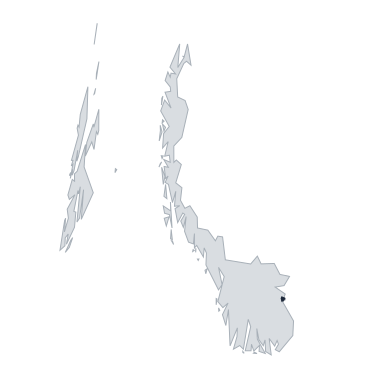 Porsgrunn nor, Telemark, Norway (highlighted), rotated 280°
{"feature_id": "86288312B50854696471252", "entity_name": "Porsgrunn nor", "entity_type": "district", "adm_level": 2, "iso_a3": "NOR", "parent_name": "Norway", "parent_adm1": "Telemark", "projection": "equal_earth", "projection_center": [9.72, 59.108], "detail": "fine", "context": "in_parent", "style": "filled", "palette": "slate", "viewbox_px": 384, "rotation_deg": 280, "n_neighbors": 0, "source": "geoboundaries", "source_scale": "gbopen_adm2", "svg_char_len": 5378}
<svg xmlns="http://www.w3.org/2000/svg" viewBox="0 0 384 384"><g transform="rotate(280 192 192)"><path d="M234.1,166.1L218.0,169.0L220.8,171.0L217.2,176.7L198.2,174.4L194.5,181.3L181.8,182.1L174.7,187.8L178.1,192.3L168.2,201.5L157.5,203.7L157.2,214.2L148.0,223.5L153.0,225.1L153.1,229.9L131.0,236.6L131.3,262.3L140.2,267.5L133.2,272.5L135.9,285.4L126.1,292.9L125.8,302.7L115.8,298.9L112.8,290.4L107.7,301.5L100.0,300.0L82.6,314.4L68.1,316.2L49.8,305.7L51.2,301.4L57.1,303.6L60.5,301.6L54.6,300.2L61.2,293.4L45.3,298.3L47.7,292.2L59.0,289.6L53.0,288.9L58.2,283.5L68.8,279.5L58.4,281.9L45.7,292.2L46.7,285.7L52.7,285.1L46.1,280.5L52.4,277.0L45.9,277.7L44.9,272.0L69.5,273.2L76.4,269.5L46.1,269.9L49.1,265.7L44.4,260.1L57.4,261.4L66.1,260.3L47.1,256.2L82.6,248.3L66.4,248.5L76.5,243.3L88.9,246.8L83.5,242.5L88.5,236.5L114.3,238.4L122.4,231.2L106.0,237.7L100.2,235.1L122.6,218.4L134.4,216.8L139.1,213.7L130.0,214.5L140.2,205.9L137.3,204.1L151.5,201.6L141.1,202.4L142.0,197.3L152.0,191.5L166.8,190.5L155.7,189.6L161.4,186.0L168.7,188.7L169.7,186.6L159.4,183.2L172.7,178.2L176.4,182.3L174.9,177.2L189.9,175.9L178.2,174.6L195.4,167.5L196.8,163.9L203.6,165.7L200.7,163.7L212.3,160.1L212.2,164.4L219.1,158.6L217.5,165.4L224.3,163.3L222.5,158.9L237.5,159.8L230.2,155.4L244.6,153.9L252.6,158.2L266.4,147.1L277.8,149.1L271.0,156.8L285.6,148.1L287.4,153.5L291.6,152.4L297.1,146.2L306.0,147.4L301.3,150.6L305.4,150.7L305.4,155.3L311.1,148.6L335.7,154.2L312.1,156.4L323.1,160.8L337.0,161.9L316.7,169.0L319.8,163.9L317.2,161.6L300.9,157.3L283.1,161.4L280.9,169.3L272.6,173.9L244.0,172.5L234.1,166.1ZM167.5,70.3L183.6,71.9L182.2,74.5L189.4,73.1L192.5,75.3L220.3,78.9L197.9,81.4L174.1,94.9L145.8,87.7L175.5,84.8L146.7,85.8L142.4,83.9L177.8,81.1L170.4,80.5L173.7,79.4L152.4,79.0L152.0,81.1L136.9,82.4L118.7,77.4L129.2,77.4L124.8,75.1L117.0,76.2L111.7,72.1L141.9,71.5L144.3,72.1L130.6,73.3L144.8,74.8L153.4,72.1L169.0,77.2L163.4,72.5L167.5,70.3ZM202.2,67.8L228.2,70.3L234.9,67.8L238.1,68.1L236.3,69.5L249.0,68.5L277.6,71.2L245.8,75.8L206.9,73.9L202.3,73.2L213.3,72.2L192.6,72.1L187.7,71.1L193.7,70.4L184.2,69.8L198.5,69.9L196.7,68.6L202.5,69.3L202.2,67.8ZM222.7,79.8L241.9,83.0L238.7,84.1L257.3,85.9L236.3,89.5L232.4,89.2L234.8,87.4L216.9,88.1L223.9,84.6L208.8,80.7L222.7,79.8ZM169.7,174.3L178.4,172.5L153.1,178.6L165.8,173.7L166.3,168.7L173.3,166.1L169.7,174.3ZM182.9,165.1L194.9,164.7L181.1,168.4L182.9,165.1ZM194.5,162.4L211.1,157.8L202.5,162.7L194.5,162.4ZM110.5,77.7L123.4,81.0L126.4,82.4L116.2,80.8L110.5,77.7ZM161.3,169.2L163.6,173.7L154.1,172.6L161.3,169.2ZM252.2,149.1L245.9,152.1L236.6,150.8L247.1,150.2L252.2,149.1ZM253.7,151.2L251.1,154.7L247.1,153.8L253.7,151.2ZM142.3,179.0L151.5,178.0L141.6,180.9L142.3,179.0ZM341.0,69.4L320.3,70.0L341.7,69.3L341.0,69.4ZM292.2,77.3L304.3,77.7L286.1,78.1L292.2,77.3ZM272.3,146.8L279.1,146.0L281.4,146.7L272.3,146.8ZM258.0,150.4L256.9,152.2L254.9,150.6L258.0,150.4ZM222.4,155.4L222.5,157.4L219.8,156.7L222.4,155.4ZM201.7,112.5L201.0,114.0L197.7,112.8L201.7,112.5ZM277.4,79.1L271.8,79.0L271.2,78.5L277.4,79.1ZM117.2,218.4L119.0,220.2L113.9,219.8L117.2,218.4ZM210.8,155.1L214.3,155.8L216.4,156.9L210.8,155.1ZM187.8,68.5L190.2,69.1L186.6,68.9L187.8,68.5ZM91.0,235.2L85.1,235.4L91.3,234.3L91.0,235.2ZM82.5,238.3L80.3,239.9L79.3,239.1L82.5,238.3ZM140.1,181.4L137.1,183.0L140.4,180.3L140.1,181.4ZM45.0,281.3L44.2,284.1L43.9,280.5L45.0,281.3ZM134.9,204.4L133.5,203.0L135.4,203.1L134.9,204.4ZM324.3,159.0L323.9,160.6L323.6,160.3L324.3,159.0ZM136.6,205.8L133.2,206.1L137.2,205.4L136.6,205.8ZM126.9,209.0L127.2,210.4L125.7,210.0L126.9,209.0ZM43.8,269.7L42.3,271.4L42.7,270.0L43.8,269.7Z" fill="#d9dde1" stroke="#a8b0b8" stroke-width="1"/><path d="M103.3,301.0L103.5,301.0L103.5,300.9L103.5,300.7L103.7,300.4L103.7,300.2L103.4,299.8L103.2,299.7L103.4,299.6L103.3,299.3L103.4,299.2L103.6,299.2L104.0,299.1L104.1,298.8L103.9,298.7L103.5,298.7L103.4,298.7L102.9,298.5L102.7,298.6L102.7,298.8L102.3,299.0L102.1,299.2L102.1,299.3L101.9,299.4L101.7,299.3L101.4,299.3L101.2,299.3L101.2,299.5L100.9,299.6L101.0,299.6L100.9,299.7L101.0,299.8L100.9,299.8L100.9,299.7L100.7,299.8L100.8,299.8L100.7,299.8L100.8,299.9L100.9,300.0L101.0,299.9L101.0,300.0L101.1,300.3L101.1,300.5L101.3,300.8L101.5,300.8L101.8,300.9L101.7,300.8L101.8,300.8L101.7,300.7L101.8,300.7L101.7,300.6L101.7,300.4L101.7,300.2L101.7,300.3L101.8,300.3L101.8,300.2L101.7,300.2L101.8,300.2L102.0,300.0L101.9,300.2L101.9,300.3L102.0,300.4L101.9,300.4L102.0,300.4L102.0,300.5L101.9,300.5L102.0,300.5L101.9,300.5L102.0,300.6L102.3,300.5L102.5,300.8L102.6,301.0L102.8,301.1L102.7,301.0L102.7,300.9L102.8,300.9L102.7,300.9L102.7,300.7L102.8,300.7L102.7,300.7L102.8,300.7L102.7,300.7L102.8,300.7L102.9,300.4L103.0,300.3L102.9,300.5L103.0,300.7L103.0,300.8L103.1,301.0L103.3,301.0ZM100.7,299.8L100.8,299.7L101.0,299.6L101.1,299.3L100.9,299.4L101.0,299.4L100.9,299.4L101.0,299.4L100.9,299.4L100.9,299.5L100.7,299.6L100.7,299.8ZM103.3,301.2L103.2,301.2L103.1,301.3L103.2,301.5L103.3,301.4L103.3,301.5L103.3,301.4L103.3,301.5L103.4,301.4L103.3,301.2L103.3,301.2ZM102.1,300.7L102.0,300.8L102.1,301.0L102.1,300.9L102.1,301.0L102.2,300.9L102.3,301.0L102.4,300.9L102.2,300.8L102.3,300.8L102.2,300.8L102.1,300.7ZM102.8,301.3L102.7,301.2L102.5,301.3L102.8,301.3L102.7,301.3L102.8,301.3ZM102.3,301.0L102.4,301.3L102.5,301.3L102.5,301.2L102.4,301.1L102.3,301.0Z" fill="#64748b" stroke="#1e293b" stroke-width="1.5"/></g></svg>